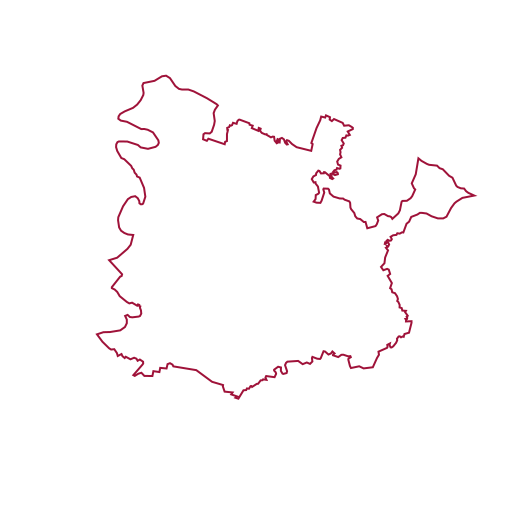 outline of Chuong My, Ha Noi, Vietnam, rotated 202°
{"feature_id": "81297802B99190294686821", "entity_name": "Chuong My", "entity_type": "district", "adm_level": 2, "iso_a3": "VNM", "parent_name": "Vietnam", "parent_adm1": "Ha Noi", "projection": "orthographic", "projection_center": [105.643, 20.878], "detail": "fine", "context": "isolated", "style": "outline", "palette": "rose", "viewbox_px": 512, "rotation_deg": 202, "n_neighbors": 0, "source": "geoboundaries", "source_scale": "gbopen_adm2", "svg_char_len": 6124}
<svg xmlns="http://www.w3.org/2000/svg" viewBox="0 0 512 512"><g transform="rotate(202 256 256)"><path d="M374.1,123.8L366.3,119.0L357.6,115.4L355.3,115.0L352.5,116.5L348.6,113.9L346.7,111.5L344.0,114.7L342.3,113.1L339.5,112.2L339.0,113.8L333.7,113.2L330.9,116.0L328.4,116.0L326.5,114.5L324.9,116.5L321.1,115.7L320.3,114.0L320.6,112.7L325.1,99.6L323.5,99.4L321.0,102.8L318.5,104.8L314.6,103.0L307.1,105.9L308.0,110.8L302.1,112.2L302.9,116.4L296.8,118.2L297.5,122.6L295.6,124.4L292.7,124.0L291.3,122.7L268.6,127.8L249.6,122.9L238.2,124.0L237.9,122.7L234.3,118.5L226.6,120.7L227.1,118.4L220.9,118.7L221.9,116.9L218.9,117.1L217.3,126.8L214.9,128.0L214.8,129.8L212.8,130.3L212.3,133.3L211.5,133.7L210.6,133.1L207.4,137.7L206.2,138.3L205.1,142.4L203.4,143.3L203.2,144.3L199.9,145.1L201.7,146.9L201.6,148.5L193.4,150.6L193.2,154.3L194.1,155.5L196.3,156.6L196.6,157.4L194.0,161.6L191.1,162.0L189.9,158.8L187.4,156.9L186.5,156.9L183.8,158.9L184.0,160.8L188.2,165.7L188.1,168.2L187.3,169.8L177.6,174.5L172.2,173.2L169.0,176.3L165.5,176.2L164.2,179.3L165.9,182.3L165.9,183.6L160.8,183.7L158.1,184.5L157.7,185.5L157.7,193.0L156.2,193.3L151.9,191.8L150.0,193.7L149.4,196.1L146.7,195.1L147.6,193.6L147.4,192.8L141.9,193.1L139.8,196.4L138.0,197.2L133.0,197.5L131.0,198.5L130.2,197.7L131.8,195.5L131.6,194.5L127.7,189.2L126.0,187.7L119.0,192.4L114.1,192.1L106.0,196.6L105.6,206.8L105.0,210.5L106.6,213.2L100.1,219.9L100.0,221.0L101.0,222.8L99.1,225.0L98.9,223.5L97.0,221.7L96.0,222.0L94.9,223.7L93.6,228.0L93.5,230.8L94.3,232.1L93.6,234.8L92.6,235.4L91.1,234.9L89.8,236.4L88.8,236.4L89.1,239.3L85.4,242.2L86.8,252.4L87.4,253.8L92.4,251.5L92.8,252.8L93.8,253.6L92.4,254.3L92.6,255.3L93.6,256.1L92.9,257.4L96.7,259.8L96.5,261.3L99.9,260.2L101.4,262.3L103.6,262.1L104.5,264.5L106.8,266.7L108.2,267.2L108.3,269.3L110.1,271.5L113.2,273.6L116.1,273.4L117.8,275.9L119.6,276.4L119.9,281.8L126.5,286.9L124.9,289.6L127.8,293.1L129.6,293.2L132.6,290.5L136.0,292.7L134.2,297.4L135.7,303.0L135.7,310.7L138.6,312.3L137.5,313.6L138.3,314.3L137.0,314.7L136.9,316.6L138.8,318.2L139.7,317.5L140.3,315.8L141.1,315.5L141.4,317.1L139.7,318.1L140.6,318.9L140.0,320.3L137.7,320.2L136.6,321.0L136.4,322.5L138.4,324.2L136.6,326.6L133.7,328.2L133.5,330.0L131.1,330.6L129.4,332.7L128.2,333.0L128.5,342.3L126.9,345.2L126.7,350.4L121.9,354.9L120.2,357.4L118.5,358.1L113.8,359.3L108.1,358.6L101.4,359.0L96.5,361.0L94.1,363.8L93.1,373.6L91.7,379.2L90.5,381.5L86.4,387.2L76.3,393.8L82.8,394.1L85.5,394.8L88.3,396.5L91.4,395.5L95.0,395.5L96.7,396.2L103.2,402.2L107.0,402.7L115.3,406.4L118.7,406.2L122.0,407.6L129.7,405.4L132.1,405.4L138.2,406.2L142.0,407.4L138.5,391.6L138.8,381.7L134.9,378.0L133.3,377.3L133.6,370.0L134.3,367.5L136.8,363.7L140.9,361.9L141.3,360.7L139.7,352.3L140.0,348.8L143.5,341.5L145.1,342.7L146.8,342.9L148.5,342.4L152.8,343.0L154.9,341.9L158.2,337.2L156.0,334.7L155.9,330.7L156.4,328.5L163.2,323.4L167.2,328.6L168.8,327.9L173.2,329.3L176.2,328.7L178.8,330.0L181.0,332.7L185.4,335.1L186.6,336.3L188.6,340.5L189.9,341.6L195.0,341.4L196.8,341.9L199.9,340.7L206.4,340.1L211.0,341.7L213.2,344.9L214.4,345.4L218.5,343.9L218.6,343.1L216.5,340.4L215.9,331.9L216.2,329.4L219.9,328.1L222.9,328.0L222.1,331.1L223.4,334.9L221.5,337.1L221.2,338.3L224.6,343.6L227.9,345.5L228.5,346.7L230.0,345.8L233.1,348.2L232.6,351.3L230.7,353.6L231.2,355.2L230.2,358.5L229.0,358.6L226.7,356.9L224.1,358.1L224.3,359.3L223.5,359.5L217.4,357.6L216.7,356.1L214.1,355.9L213.5,356.8L215.4,357.6L216.0,358.7L217.2,359.0L217.7,360.0L216.7,360.9L213.1,360.6L210.7,362.5L211.2,363.5L212.6,364.1L215.3,362.3L216.0,362.8L215.4,364.9L213.7,366.2L213.8,367.9L211.3,368.1L210.6,368.8L211.5,371.5L214.2,371.5L216.1,374.0L215.6,377.1L213.8,379.5L216.1,381.7L216.5,383.9L217.8,385.9L216.7,388.6L218.1,390.2L216.8,391.3L216.8,393.2L220.0,395.5L219.8,397.9L217.4,399.2L217.4,401.7L215.9,402.0L214.4,403.4L217.6,405.8L213.8,409.9L214.2,411.1L215.5,411.5L218.9,412.0L223.1,409.8L225.5,411.9L235.0,412.2L236.2,409.5L238.8,410.1L239.4,412.4L243.8,412.6L243.7,410.3L247.8,409.7L247.3,405.8L247.8,397.3L247.0,381.5L245.4,381.0L244.2,374.2L259.1,372.1L264.5,373.3L268.7,375.1L270.7,375.0L271.0,373.6L268.5,371.4L269.2,370.9L271.4,371.9L273.8,374.6L276.2,375.2L277.7,373.7L276.6,370.1L277.9,369.8L279.2,372.5L279.8,372.5L279.8,370.6L278.5,368.9L279.0,368.3L281.9,369.9L283.9,373.3L285.2,373.0L286.6,371.6L291.4,372.3L291.8,372.9L293.0,372.2L296.7,372.3L299.1,373.5L299.4,375.8L301.4,375.8L300.8,372.9L307.8,373.0L307.9,375.6L311.1,375.3L311.9,376.6L322.3,376.3L323.1,375.8L323.8,374.0L323.5,371.3L327.2,370.9L327.2,368.4L328.1,367.4L329.2,367.4L329.2,365.5L330.7,364.0L329.8,362.2L329.2,362.3L328.6,358.2L326.0,351.7L327.4,350.3L326.9,347.9L344.1,346.9L344.7,344.4L348.8,344.4L350.3,349.2L349.3,350.8L344.8,352.3L343.6,354.6L344.0,361.9L344.8,365.7L348.8,372.6L348.9,376.3L347.7,381.3L349.3,382.0L360.5,383.9L375.4,385.3L381.1,385.0L387.1,382.6L390.0,382.1L394.5,383.4L402.4,388.7L406.9,389.5L410.5,387.4L415.7,380.4L425.1,374.2L425.2,371.4L421.3,365.1L420.8,363.0L421.3,357.3L422.9,351.9L425.5,347.3L431.9,340.9L435.1,336.8L435.7,334.0L435.1,331.7L432.1,330.9L425.9,332.1L409.9,330.7L407.2,331.9L403.7,332.5L397.8,332.0L389.9,326.7L388.5,324.5L388.6,322.2L390.0,319.6L396.3,314.9L403.6,313.5L407.1,314.7L418.3,313.9L426.1,310.8L427.1,309.7L427.4,307.2L426.5,304.5L424.0,301.4L417.6,296.4L414.4,296.4L405.5,292.8L403.5,290.9L401.8,290.3L399.7,287.8L397.3,286.7L396.1,285.2L393.2,285.1L385.3,277.2L380.8,269.5L380.3,262.3L380.9,261.4L382.1,260.8L383.8,261.2L384.8,263.2L387.3,265.3L390.4,266.2L393.8,264.0L396.1,260.7L397.9,252.3L398.2,240.4L397.3,237.5L393.6,231.2L390.6,228.9L386.7,228.0L382.8,228.0L377.7,229.5L376.4,219.5L377.9,214.4L384.1,202.4L390.6,197.1L373.3,188.9L373.1,187.1L374.2,186.0L378.0,173.1L377.6,172.2L374.5,172.0L371.2,170.7L367.3,167.7L358.5,165.0L355.7,164.6L353.4,166.3L347.6,165.4L347.3,166.9L345.9,166.9L345.4,165.8L344.4,165.9L344.2,164.5L342.3,162.5L340.8,159.6L341.1,156.9L342.1,155.9L347.7,152.8L350.1,152.2L353.0,153.3L354.9,151.4L352.0,148.7L350.6,145.3L350.9,141.1L354.0,136.2L362.9,130.8L368.9,128.2L374.1,123.8Z" fill="none" stroke="#9f1239" stroke-width="2"/></g></svg>